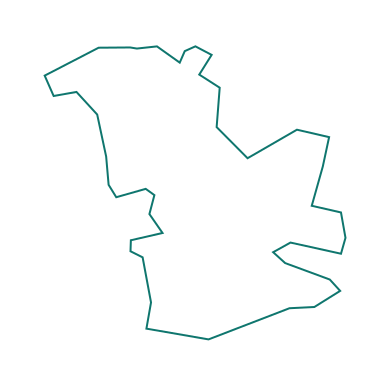 outline of Shakhrixan, Andijon, Uzbekistan, rotated 5°
{"feature_id": "79887680B98657239808063", "entity_name": "Shakhrixan", "entity_type": "district", "adm_level": 2, "iso_a3": "UZB", "parent_name": "Uzbekistan", "parent_adm1": "Andijon", "projection": "natural_earth1", "projection_center": [72.04, 40.728], "detail": "fine", "context": "isolated", "style": "outline", "palette": "teal", "viewbox_px": 384, "rotation_deg": 5, "n_neighbors": 0, "source": "geoboundaries", "source_scale": "gbopen_adm2", "svg_char_len": 676}
<svg xmlns="http://www.w3.org/2000/svg" viewBox="0 0 384 384"><g transform="rotate(5 192 192)"><path d="M221.3,337.4L299.2,299.3L323.9,295.9L348.2,277.6L336.9,267.2L291.0,254.7L278.1,244.9L294.5,233.8L345.8,240.5L348.9,224.3L342.2,199.4L312.5,195.3L320.1,155.1L323.8,125.4L291.1,120.8L244.4,153.5L210.9,125.2L210.5,85.7L189.0,74.4L199.6,53.7L182.7,46.6L172.5,52.3L168.5,64.2L144.4,50.0L124.6,53.9L117.8,53.4L86.4,56.4L35.1,88.9L45.8,108.4L68.2,102.4L90.8,123.1L103.4,164.2L108.3,192.1L117.0,203.8L145.6,192.9L154.8,198.4L151.5,217.7L166.2,235.4L135.3,245.4L135.9,256.4L148.5,261.4L160.8,305.6L158.5,332.1L221.3,337.4Z" fill="none" stroke="#0f766e" stroke-width="2"/></g></svg>